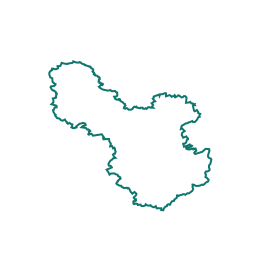 the district of Carrickmacross-Castleblayney Lea-6, Monaghan, Ireland, rotated 305°
{"feature_id": "5873133B57447435904726", "entity_name": "Carrickmacross-Castleblayney Lea-6", "entity_type": "district", "adm_level": 2, "iso_a3": "IRL", "parent_name": "Ireland", "parent_adm1": "Monaghan", "projection": "albers", "projection_center": [-6.701, 54.051], "detail": "fine", "context": "isolated", "style": "outline", "palette": "teal", "viewbox_px": 256, "rotation_deg": 305, "n_neighbors": 0, "source": "geoboundaries", "source_scale": "gbopen_adm2", "svg_char_len": 5839}
<svg xmlns="http://www.w3.org/2000/svg" viewBox="0 0 256 256"><g transform="rotate(305 128 128)"><path d="M70.9,174.5L69.1,175.9L69.1,176.6L70.6,177.7L71.2,179.5L70.6,180.2L72.5,182.3L71.9,183.3L71.9,183.8L72.7,185.2L74.1,186.4L75.7,186.3L75.5,187.6L76.2,189.5L77.7,190.8L77.2,191.6L77.6,193.6L77.6,194.2L78.2,194.9L79.9,195.6L79.0,196.8L79.1,197.2L78.7,197.6L81.3,201.2L79.8,202.3L80.9,204.1L82.2,203.5L85.0,203.7L86.3,204.7L87.0,204.3L88.0,204.3L88.8,204.9L89.0,205.6L88.9,206.0L89.4,206.5L90.9,206.0L93.2,206.1L94.9,207.6L95.9,207.0L98.8,208.0L100.9,206.8L101.2,207.1L101.3,208.5L102.2,208.7L105.9,211.7L106.2,213.3L108.6,214.1L109.4,215.4L113.3,216.7L115.4,216.4L116.6,214.7L117.3,214.6L118.6,213.3L119.1,213.8L119.7,217.4L122.1,220.0L124.1,221.1L124.6,222.4L128.3,223.2L130.2,224.3L132.0,223.6L132.0,222.4L132.5,220.9L132.2,219.6L134.3,218.8L135.3,217.0L136.9,216.7L138.0,218.0L140.0,219.0L141.2,218.4L141.9,217.2L143.3,216.1L144.5,215.8L145.6,216.1L150.0,214.4L150.4,213.5L150.0,211.7L150.1,210.6L151.1,209.4L156.4,207.6L156.7,206.8L157.2,206.5L155.4,203.5L151.1,202.5L145.2,197.9L145.6,196.5L146.6,196.4L148.4,197.0L148.9,196.7L149.1,195.8L149.9,195.2L148.9,193.6L148.4,194.0L147.8,193.7L147.8,192.4L145.3,190.3L144.4,187.8L145.0,187.1L145.3,187.3L146.6,188.1L147.0,189.1L147.7,189.3L149.0,190.5L150.1,190.7L150.1,190.1L149.5,189.2L149.9,188.0L146.5,186.1L144.8,184.5L145.6,183.9L146.2,182.7L146.8,182.2L148.3,183.8L149.9,183.8L151.8,183.1L152.7,183.1L153.2,183.6L153.8,183.2L154.2,181.0L154.5,180.6L151.7,178.7L152.3,177.9L152.9,176.2L154.5,175.3L155.4,175.2L158.0,176.2L158.6,172.6L157.5,171.9L160.5,170.8L164.9,172.7L166.3,174.2L167.4,174.4L168.0,175.1L170.6,176.7L170.1,178.0L171.5,179.4L174.5,179.8L177.0,179.4L178.3,180.3L178.7,179.6L179.6,179.2L181.0,179.1L180.5,177.0L181.4,176.1L182.2,174.1L180.0,173.2L180.1,172.1L183.6,168.3L184.1,168.2L185.0,169.6L185.2,169.1L185.8,169.0L185.2,168.2L185.4,167.5L185.2,166.8L184.6,166.1L184.7,164.8L185.1,164.0L183.9,163.3L181.9,161.0L186.4,158.6L186.7,158.1L186.6,157.5L186.9,156.6L186.2,155.5L184.7,155.2L183.7,154.2L183.9,151.3L183.7,150.5L182.5,150.3L180.5,149.1L179.5,149.3L181.6,147.8L181.7,147.4L180.4,147.3L179.4,146.1L178.6,145.9L178.9,144.0L178.8,143.2L175.8,141.0L178.2,139.2L177.9,138.5L177.0,137.7L175.7,137.1L174.0,135.0L172.4,135.4L173.2,134.3L168.5,131.0L167.5,131.8L166.2,131.5L165.4,134.9L164.0,133.8L162.6,133.7L161.8,133.1L161.6,133.3L161.8,133.9L161.3,135.4L159.1,135.4L158.9,135.9L159.1,136.3L159.0,137.0L157.6,134.9L157.2,133.5L156.6,132.6L154.4,132.3L154.4,131.2L153.3,130.7L152.6,129.5L152.4,129.0L153.0,128.3L151.7,126.5L151.0,126.5L149.9,123.8L150.3,122.6L149.5,122.4L149.1,120.9L147.0,120.5L146.1,120.8L144.9,120.1L143.3,117.9L143.7,116.4L143.6,115.6L142.9,114.9L142.4,114.9L141.9,113.9L141.9,113.2L143.5,112.7L144.8,113.1L145.0,112.6L145.8,112.0L146.0,111.5L145.6,110.7L146.1,108.7L145.7,106.5L146.9,105.0L146.9,104.5L146.5,104.0L145.7,104.2L145.5,103.2L144.9,102.8L144.5,101.0L145.7,98.7L147.0,100.3L148.3,100.7L150.9,98.8L150.5,97.3L150.9,96.7L150.7,95.8L149.4,94.4L148.8,93.3L148.8,92.5L149.0,91.9L147.0,90.0L145.0,85.1L144.8,81.7L145.1,80.7L145.4,81.0L146.6,80.8L147.5,81.0L148.4,82.4L149.6,82.3L149.5,80.8L148.6,78.9L149.3,78.6L149.4,78.0L149.1,77.3L150.8,76.5L151.4,76.9L152.0,76.8L152.1,76.4L152.9,75.9L152.7,75.0L153.0,74.8L152.7,74.4L153.1,73.5L153.1,72.7L152.4,71.3L152.7,70.6L152.4,70.5L152.7,70.1L152.4,69.9L152.6,69.5L152.5,69.2L153.5,69.1L153.9,68.4L153.6,67.4L154.0,66.5L154.6,66.8L155.9,66.0L156.2,64.6L155.8,63.8L156.1,62.8L156.1,61.9L156.6,61.9L156.4,61.2L156.1,61.2L156.0,60.2L155.2,58.1L155.3,57.6L154.8,56.7L155.1,56.5L154.9,55.6L155.0,55.2L154.6,54.7L154.3,53.4L154.4,52.3L154.1,51.2L154.4,51.2L154.3,50.6L153.0,49.8L151.8,47.6L151.2,45.0L150.4,45.4L149.3,45.0L146.3,41.8L145.7,41.8L144.1,38.6L143.3,36.3L140.1,37.0L138.8,35.7L138.3,34.8L137.9,35.1L137.6,36.0L136.7,36.4L134.8,35.3L133.2,31.8L132.1,32.0L131.9,32.6L129.7,31.7L128.0,31.9L126.4,33.2L124.9,35.4L125.3,37.5L123.2,39.1L122.3,40.2L122.4,41.4L122.1,41.9L122.3,42.9L122.1,43.2L122.3,43.5L121.7,43.8L119.9,43.3L118.1,41.2L117.0,41.1L115.7,43.8L115.8,44.9L116.2,45.5L115.9,45.9L116.2,47.0L116.0,48.4L114.9,49.2L115.3,49.9L114.1,50.5L112.6,50.6L112.1,51.5L111.4,51.6L109.1,49.5L107.9,51.0L106.2,52.2L103.6,51.7L104.1,53.0L104.2,54.0L105.1,55.8L105.0,57.0L104.0,57.7L102.7,56.2L100.2,56.8L99.7,56.3L98.5,57.6L97.1,60.6L97.2,61.2L96.5,61.2L95.9,62.3L96.0,62.9L95.4,64.3L96.3,66.1L96.3,67.4L95.9,68.4L96.5,70.3L98.7,71.4L97.8,73.5L97.7,74.9L97.1,75.3L97.0,76.4L98.6,77.0L98.5,78.7L99.0,80.4L98.2,80.6L97.5,81.3L96.1,81.3L96.3,83.0L97.1,83.8L97.1,84.1L97.8,84.3L98.0,84.9L99.0,85.5L99.6,84.7L103.9,86.0L104.7,87.0L106.2,88.0L107.1,90.4L106.1,91.7L103.7,89.9L101.9,89.5L103.9,93.5L103.3,95.4L103.7,96.1L104.1,96.3L104.2,97.7L103.8,98.8L102.4,98.1L101.5,98.9L100.1,99.0L100.0,99.5L100.6,100.2L101.6,100.5L102.3,101.3L102.0,102.7L101.6,103.7L107.8,110.1L106.3,114.1L105.4,113.4L104.7,114.4L108.1,118.7L106.4,120.4L105.2,123.1L102.7,123.9L104.1,125.2L103.3,126.7L102.7,127.4L103.3,128.0L104.0,128.2L103.7,129.0L102.8,129.6L101.5,131.5L100.7,131.5L99.8,132.1L99.3,132.0L98.6,131.1L97.5,131.0L96.5,133.1L96.3,134.9L94.3,133.1L93.0,133.1L91.1,132.3L87.8,132.5L87.0,132.9L86.2,133.9L87.0,135.4L86.8,136.8L86.4,137.4L81.6,134.4L80.3,137.8L79.2,139.6L81.2,140.4L83.1,143.2L83.0,144.4L83.7,146.3L83.6,146.7L82.8,147.6L83.2,148.9L82.9,149.6L83.1,149.8L82.6,150.8L81.9,150.9L80.2,150.1L78.7,150.3L78.6,150.0L75.8,150.3L75.6,150.9L75.6,152.0L75.9,152.5L75.7,153.5L76.8,155.8L76.1,156.6L76.2,157.6L76.6,158.3L76.4,159.1L78.1,160.9L78.3,162.3L78.9,162.3L79.1,163.5L77.1,167.2L77.1,168.8L76.8,168.8L76.7,169.3L79.3,170.0L79.0,172.5L78.5,173.0L76.6,173.1L74.4,172.5L73.9,173.5L73.7,174.6L74.2,175.3L73.1,176.2L71.1,175.0L71.4,174.7L70.9,174.5Z" fill="none" stroke="#0f766e" stroke-width="2"/></g></svg>